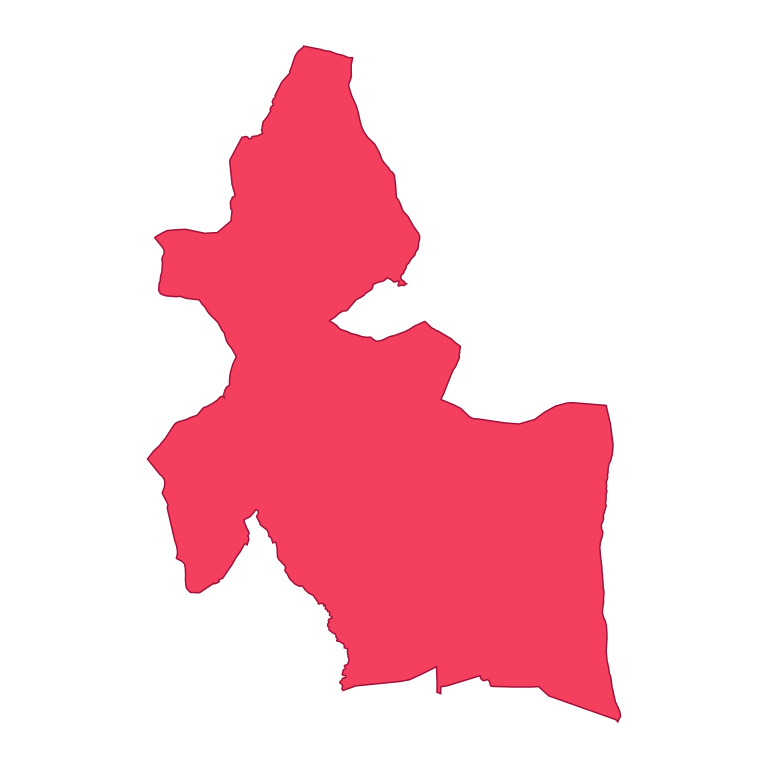 the district of Carta, Sibiu, Romania
{"feature_id": "2599482B3340713178637", "entity_name": "Carta", "entity_type": "district", "adm_level": 2, "iso_a3": "ROU", "parent_name": "Romania", "parent_adm1": "Sibiu", "projection": "orthographic", "projection_center": [24.558, 45.797], "detail": "fine", "context": "isolated", "style": "filled", "palette": "rose", "viewbox_px": 768, "rotation_deg": 0, "n_neighbors": 0, "source": "geoboundaries", "source_scale": "gbopen_adm2", "svg_char_len": 6105}
<svg xmlns="http://www.w3.org/2000/svg" viewBox="0 0 768 768"><path d="M620.5,716.6L620.3,714.0L619.2,710.0L615.6,702.3L613.7,694.6L612.9,690.1L612.1,687.6L611.1,679.2L610.4,675.6L609.4,673.7L608.8,668.7L607.0,660.4L606.2,650.8L607.0,637.8L606.7,629.4L606.3,625.4L605.3,621.0L603.7,617.8L602.5,613.4L602.6,608.9L603.5,603.1L603.6,599.5L603.4,598.4L603.9,595.3L603.9,591.8L603.3,587.6L602.3,572.9L602.0,572.2L601.9,567.7L600.4,555.1L599.8,547.1L600.6,541.4L602.1,536.8L602.8,533.2L602.7,531.4L601.8,529.6L601.5,528.0L601.4,524.2L602.6,522.0L603.6,518.8L603.3,515.8L606.1,506.3L606.1,505.2L605.5,504.0L606.1,498.8L606.0,494.5L606.9,491.5L606.2,488.3L606.7,486.3L606.2,481.4L607.1,480.0L607.7,477.1L607.4,473.9L607.6,473.3L608.0,473.2L608.1,468.7L608.4,466.6L609.2,463.4L610.5,461.2L612.4,453.9L613.0,445.8L613.0,444.0L610.4,423.9L606.1,405.4L575.3,402.9L570.6,402.7L567.0,403.0L555.4,406.2L544.9,412.0L534.6,419.5L519.1,424.0L504.7,422.9L477.2,418.8L473.9,418.8L469.4,416.8L460.8,408.4L453.8,404.9L441.0,399.5L442.5,395.8L443.3,394.6L451.2,374.4L453.6,369.3L455.8,366.2L459.5,357.4L459.0,355.2L459.7,352.6L459.6,351.6L460.4,346.3L454.8,342.2L451.3,338.9L437.3,330.6L435.9,330.6L434.8,329.4L431.7,327.9L424.9,321.4L414.4,326.1L409.4,329.4L404.7,331.7L394.9,335.4L389.4,336.7L381.9,340.3L377.9,341.2L376.3,341.1L374.7,340.4L370.7,337.2L366.6,337.3L362.1,336.7L356.7,334.8L351.7,333.7L346.7,331.4L340.9,329.5L338.7,327.9L336.9,325.7L332.4,322.5L329.5,321.1L329.5,320.6L335.2,316.9L338.6,313.6L343.2,310.9L345.8,310.9L347.1,310.3L356.1,299.8L362.4,296.4L364.4,294.8L365.5,293.4L371.5,289.5L372.4,288.1L373.3,284.4L378.6,282.1L382.7,281.3L385.4,279.6L387.2,277.8L391.1,279.6L393.6,281.9L395.8,281.9L397.7,280.9L399.0,281.4L399.0,282.2L398.0,285.2L398.4,285.9L402.6,285.2L403.8,285.6L406.4,283.9L405.5,283.8L405.1,283.3L404.9,282.1L401.8,279.9L401.1,278.8L400.7,277.3L400.9,276.6L402.0,274.2L403.4,273.5L404.3,270.9L405.8,268.4L406.6,265.1L409.0,262.8L411.0,259.1L414.7,255.2L416.0,251.5L416.6,250.5L417.6,249.7L418.2,247.4L418.7,242.7L419.7,238.3L419.6,236.0L418.3,233.1L413.5,226.3L407.8,216.2L403.7,211.8L402.7,210.2L399.7,202.4L398.2,199.6L396.4,197.5L395.5,184.1L394.3,175.0L392.4,172.2L390.6,171.2L388.4,167.7L384.3,163.1L382.1,160.0L379.3,152.4L374.7,144.1L368.1,137.8L364.2,132.3L361.6,126.7L360.0,121.0L358.3,112.8L356.4,106.2L351.6,95.5L348.7,86.1L348.9,83.8L350.4,79.8L351.4,76.1L351.1,65.8L352.6,57.7L348.4,57.6L342.5,55.2L336.3,53.8L330.0,51.3L324.6,50.6L321.1,49.5L303.7,46.1L303.6,46.7L298.1,51.5L296.0,54.6L295.0,56.4L291.0,68.3L290.0,70.6L289.7,73.2L281.7,82.1L275.4,94.8L275.1,95.5L275.1,96.9L274.7,98.0L273.3,99.0L272.2,101.8L273.2,104.3L273.2,105.0L271.1,106.9L270.4,108.4L270.2,109.3L270.7,110.8L267.0,117.1L263.3,121.6L262.7,123.4L262.5,124.4L262.9,125.0L262.2,126.2L262.2,128.8L261.4,130.1L262.7,132.9L262.5,133.7L262.0,133.6L257.7,135.8L252.2,136.5L250.8,138.9L249.1,138.7L247.1,136.8L245.5,136.5L241.9,137.4L230.0,159.8L229.8,162.2L232.1,184.6L235.1,195.1L234.0,196.5L232.1,197.5L232.2,198.3L230.4,201.9L230.7,208.7L232.1,210.5L230.9,221.0L217.3,232.6L204.7,233.3L186.8,229.5L184.3,229.3L175.9,229.8L167.0,230.6L161.6,233.3L155.6,236.8L154.7,237.7L161.7,246.3L163.5,249.0L164.3,251.2L163.8,254.5L162.0,258.0L162.0,260.4L162.4,261.8L162.0,271.0L160.5,276.7L160.2,281.0L159.1,283.3L158.7,290.4L160.0,292.9L160.7,293.8L161.9,294.5L165.7,295.8L176.0,296.7L180.1,296.3L185.9,298.3L199.3,299.9L202.2,304.3L204.9,307.1L207.5,311.4L209.6,314.1L217.9,322.4L221.9,330.0L224.2,332.9L226.4,340.6L227.8,343.3L231.8,348.6L235.8,355.8L236.0,356.6L235.9,357.8L233.1,363.5L230.8,371.0L229.9,375.5L229.5,380.7L229.5,385.0L226.4,387.4L225.1,389.7L223.4,395.3L224.2,397.4L223.0,396.5L221.1,396.5L219.8,397.4L217.1,400.3L212.2,403.7L206.4,406.8L203.6,407.6L197.0,415.3L190.5,417.5L186.2,419.6L178.4,421.8L175.7,423.2L174.0,425.0L165.1,438.7L160.6,443.9L160.4,444.7L153.4,451.3L147.5,459.0L159.4,473.8L160.4,475.0L162.0,476.0L164.2,479.4L164.7,481.1L164.8,483.2L164.5,486.5L162.2,493.1L168.0,504.4L167.3,507.4L167.4,508.8L175.0,541.4L176.4,545.2L177.4,550.5L177.4,554.4L176.4,557.5L176.5,558.5L182.2,561.4L184.6,564.1L185.3,567.9L185.6,574.8L185.4,580.1L186.1,586.9L187.2,589.2L190.4,592.4L198.4,592.8L199.9,592.5L213.4,583.5L213.6,583.0L214.6,583.8L216.7,583.1L219.4,581.5L218.6,580.4L218.6,579.8L222.6,578.3L232.0,564.6L236.1,557.4L240.4,551.4L244.4,544.3L245.7,543.8L247.1,544.9L248.9,539.1L247.9,535.6L249.1,533.8L248.5,531.3L246.9,528.4L244.2,521.7L244.1,519.6L249.8,516.9L253.2,513.3L255.6,510.0L256.5,509.9L257.5,510.4L258.1,511.4L258.4,512.7L258.1,513.9L256.6,516.2L256.9,517.3L260.1,523.3L260.1,524.6L267.3,530.3L268.6,533.5L268.8,536.0L269.1,536.6L270.3,537.0L271.1,537.8L272.9,543.0L274.9,542.0L275.8,542.7L276.3,544.1L277.1,547.8L277.5,557.1L278.9,559.6L285.3,566.2L285.4,567.3L284.9,570.9L287.2,573.7L289.6,578.7L294.9,584.0L299.5,586.3L302.1,585.9L302.8,586.4L304.6,589.2L308.5,593.0L313.2,595.3L317.2,601.1L318.0,601.8L318.3,603.8L319.0,604.0L321.1,603.3L322.7,603.3L323.9,605.8L324.7,604.9L325.4,605.1L325.4,609.0L327.4,609.8L327.6,611.4L329.6,612.1L329.8,612.8L329.4,614.9L332.0,617.3L332.0,617.9L329.3,619.0L328.5,620.0L328.3,621.0L329.1,622.3L327.8,623.8L327.6,624.7L327.8,626.4L329.0,626.8L329.0,629.6L329.2,630.1L333.4,633.3L335.1,633.8L336.1,635.8L336.0,637.2L337.5,638.7L337.6,639.6L336.7,640.2L337.0,641.1L339.1,641.3L343.6,644.0L344.4,646.2L344.2,647.8L347.7,648.8L347.4,652.2L347.9,653.8L347.9,656.3L349.2,659.4L348.0,663.6L347.3,664.4L344.8,665.4L344.5,665.9L344.4,666.6L345.6,668.1L345.5,668.9L343.7,669.5L343.2,670.2L342.2,674.6L342.8,675.3L345.3,675.6L345.8,676.3L345.8,676.9L345.4,677.5L342.5,678.4L341.7,680.2L340.0,681.7L339.8,682.7L342.4,685.0L342.6,685.9L341.9,688.9L343.0,690.5L355.8,685.9L399.8,681.5L409.5,679.7L421.3,674.3L436.5,666.7L437.1,682.6L437.0,692.3L440.7,693.6L440.8,686.8L447.1,685.8L480.0,675.7L480.7,678.4L482.8,680.5L485.2,680.5L486.8,679.5L488.8,680.5L489.9,682.9L490.4,685.2L490.8,685.9L492.0,686.4L513.1,687.0L531.3,687.0L538.6,686.6L548.8,695.9L615.9,719.7L617.8,721.9L618.6,719.7L620.5,716.6Z" fill="#f43f5e" stroke="#9f1239" stroke-width="1.5"/></svg>